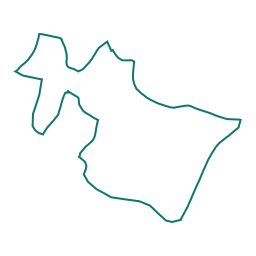 Cap Estate/Becune Park, Gros Islet, Saint Lucia (Mercator projection)
{"feature_id": "8701671B50591469420225", "entity_name": "Cap Estate/Becune Park", "entity_type": "district", "adm_level": 2, "iso_a3": "LCA", "parent_name": "Saint Lucia", "parent_adm1": "Gros Islet", "projection": "mercator", "projection_center": [-60.949, 14.095], "detail": "fine", "context": "isolated", "style": "outline", "palette": "teal", "viewbox_px": 256, "rotation_deg": 0, "n_neighbors": 0, "source": "geoboundaries", "source_scale": "gbopen_adm2", "svg_char_len": 1931}
<svg xmlns="http://www.w3.org/2000/svg" viewBox="0 0 256 256"><path d="M180.8,219.8L180.8,219.3L187.7,206.6L196.9,185.2L198.9,181.2L204.0,169.0L204.7,167.7L207.9,160.3L211.7,153.5L213.4,150.8L216.1,146.6L219.3,143.0L226.9,137.0L228.3,136.1L235.7,129.8L238.5,127.6L240.6,119.9L239.4,119.6L227.7,119.1L225.3,118.6L218.5,116.5L209.4,112.9L196.7,108.8L189.7,105.7L187.6,105.6L184.5,105.8L178.8,106.8L174.2,107.7L170.3,107.3L165.7,105.9L158.0,103.4L154.8,101.9L149.8,99.4L146.3,97.3L143.6,95.0L141.3,93.4L136.4,88.8L134.4,84.4L133.1,79.5L132.9,75.5L133.5,68.1L134.2,61.6L131.5,60.2L128.3,60.3L123.1,60.3L122.6,60.3L122.0,60.2L118.3,57.9L116.7,56.1L113.4,51.4L112.8,50.0L111.3,50.9L107.3,41.6L105.5,42.8L98.6,48.1L97.7,49.5L96.6,51.0L95.3,53.5L93.5,56.2L91.9,59.0L89.4,62.2L87.0,64.8L85.5,66.4L84.2,67.9L82.5,69.4L80.7,70.4L79.3,70.9L78.5,71.4L77.4,70.9L76.0,70.2L74.1,69.2L72.7,68.7L70.3,67.9L68.3,67.2L67.0,65.5L66.5,63.3L66.4,61.4L66.7,59.9L66.8,58.2L66.7,55.9L66.5,53.4L65.7,50.7L65.1,47.9L64.3,45.8L63.0,43.2L61.4,39.4L62.4,39.9L60.1,38.0L42.6,34.3L39.2,34.0L38.6,37.4L37.3,42.1L36.1,46.2L34.4,50.4L32.0,54.5L28.2,59.7L24.5,63.3L22.0,65.2L20.0,67.1L17.8,69.7L16.7,70.6L15.4,71.4L22.7,75.5L29.5,76.9L36.5,78.4L41.9,79.4L39.2,95.2L33.0,114.1L32.6,126.2L35.4,130.5L38.7,132.9L42.9,134.4L45.8,129.8L47.2,127.7L50.2,124.2L52.5,121.7L58.1,114.8L59.0,111.6L60.2,107.9L61.3,104.0L62.6,99.2L63.9,95.7L65.4,92.7L69.8,92.4L67.1,90.5L71.7,93.6L76.5,96.5L78.3,97.6L78.6,98.8L78.9,102.2L79.3,104.8L80.6,106.8L82.2,109.4L83.6,111.3L85.6,112.8L89.6,115.1L92.7,117.2L96.6,119.3L98.0,120.0L96.5,126.6L95.9,130.3L95.4,133.3L94.7,136.4L93.0,140.1L89.8,143.2L85.7,146.6L82.7,150.2L80.2,153.2L79.5,156.6L79.1,156.9L84.5,161.3L85.3,162.7L86.0,164.5L86.4,166.3L85.7,169.4L83.8,174.4L88.0,181.8L96.4,189.1L111.4,197.3L124.1,199.2L139.1,201.2L149.9,205.5L157.0,212.3L165.9,220.5L172.0,222.0L180.8,219.8Z" fill="none" stroke="#0f766e" stroke-width="2"/></svg>